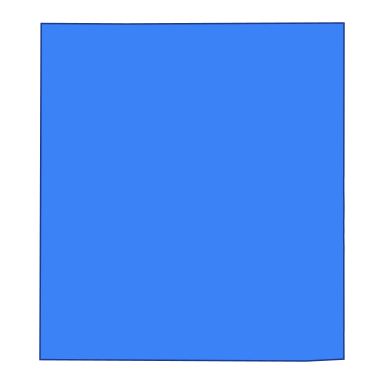 Moody, South Dakota, United States of America (Albers equal-area conic projection)
{"feature_id": "52423323B47185171821034", "entity_name": "Moody", "entity_type": "district", "adm_level": 2, "iso_a3": "USA", "parent_name": "United States of America", "parent_adm1": "South Dakota", "projection": "albers", "projection_center": [-96.52, 44.022], "detail": "fine", "context": "isolated", "style": "filled", "palette": "blue", "viewbox_px": 384, "rotation_deg": 0, "n_neighbors": 0, "source": "geoboundaries", "source_scale": "gbopen_adm2", "svg_char_len": 413}
<svg xmlns="http://www.w3.org/2000/svg" viewBox="0 0 384 384"><path d="M41.2,23.5L40.0,359.6L305.7,361.0L343.9,359.1L343.8,332.5L343.8,331.0L343.9,330.9L343.8,262.7L343.8,261.1L343.9,245.8L343.8,245.2L343.7,234.7L343.8,232.5L343.7,220.4L343.8,218.6L343.9,206.8L343.9,204.9L343.7,190.5L343.7,188.9L343.7,178.2L343.8,176.4L344.0,23.0L126.0,24.0L41.2,23.5Z" fill="#3b82f6" stroke="#1e3a8a" stroke-width="1.5"/></svg>